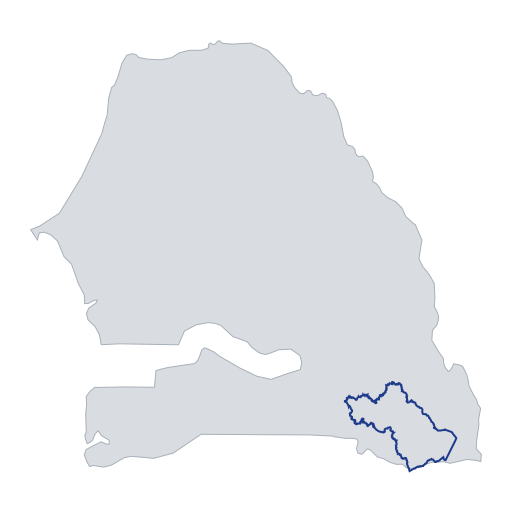 Kedougou, Kédougou, Senegal (highlighted)
{"feature_id": "50182788B85082652306110", "entity_name": "Kedougou", "entity_type": "district", "adm_level": 2, "iso_a3": "SEN", "parent_name": "Senegal", "parent_adm1": "Kédougou", "projection": "equal_earth", "projection_center": [-12.631, 12.759], "detail": "fine", "context": "in_parent", "style": "outline", "palette": "blue", "viewbox_px": 512, "rotation_deg": 0, "n_neighbors": 0, "source": "geoboundaries", "source_scale": "gbopen_adm2", "svg_char_len": 8914}
<svg xmlns="http://www.w3.org/2000/svg" viewBox="0 0 512 512"><path d="M415.2,224.4L422.0,240.2L420.6,247.8L419.0,258.9L422.9,266.9L427.5,272.2L430.7,277.0L434.3,283.7L434.9,297.0L434.3,306.5L436.6,310.9L438.6,316.3L438.2,320.9L436.9,324.9L432.5,330.3L431.8,340.2L439.0,352.3L443.5,358.8L443.5,362.6L444.8,366.7L448.2,371.5L450.2,370.4L452.5,366.5L453.5,363.8L459.7,365.0L462.6,366.2L466.5,374.1L468.0,379.3L469.0,385.9L473.1,394.1L476.7,399.9L477.4,403.5L480.6,408.4L478.6,419.3L478.9,424.9L476.7,439.5L476.3,446.4L476.4,449.0L481.3,454.2L480.8,461.6L475.8,460.3L467.2,459.4L450.0,463.3L444.1,461.7L432.8,462.2L424.7,464.3L414.5,469.1L406.6,467.9L402.3,464.2L396.6,464.4L390.3,462.4L383.5,458.7L377.3,456.9L370.6,450.2L367.5,448.9L365.3,450.7L363.5,453.0L361.5,454.3L357.9,453.1L356.5,448.5L357.7,444.1L358.0,440.8L356.3,438.9L352.2,438.3L345.7,438.3L335.0,436.9L332.6,436.1L308.8,434.9L284.2,434.8L263.3,434.7L236.9,434.5L218.4,434.4L201.1,434.3L187.7,443.3L173.2,453.1L153.7,458.3L131.3,456.3L124.2,457.7L116.7,462.1L111.3,465.2L103.6,467.1L93.6,465.5L89.6,466.5L87.1,462.1L84.3,454.9L86.1,449.6L92.2,446.2L101.3,441.8L106.1,444.0L108.9,444.2L109.5,441.3L108.6,439.8L101.7,435.9L98.1,430.8L95.2,433.8L92.6,440.1L90.5,441.9L87.3,443.7L85.6,439.4L84.8,435.3L86.3,432.1L85.7,414.2L86.6,404.7L86.2,396.4L90.5,390.9L94.6,387.5L110.6,387.2L125.5,386.9L139.8,387.1L154.4,387.3L156.0,370.6L160.6,369.3L167.5,367.6L180.4,365.6L194.7,363.6L197.8,360.3L200.2,354.8L201.7,349.9L204.7,347.8L208.7,349.4L214.0,352.0L219.4,356.1L225.6,359.8L229.8,362.1L239.8,368.0L256.9,376.2L271.0,379.4L288.0,373.4L300.3,369.6L301.8,362.4L299.9,355.5L290.8,349.1L278.3,349.8L274.5,351.5L268.7,353.6L265.2,354.5L259.4,353.0L251.9,347.5L247.3,341.9L240.7,339.3L233.0,336.7L220.6,325.2L214.1,323.2L207.9,322.6L196.1,324.8L184.5,331.0L178.4,344.8L166.9,344.6L142.3,344.2L119.8,343.8L101.2,344.7L99.4,334.6L95.1,326.6L88.0,319.8L86.4,313.4L88.9,307.9L95.8,303.3L97.4,300.0L93.8,300.5L88.3,303.5L84.7,303.6L84.3,294.8L78.3,283.5L71.6,264.3L63.9,256.5L57.5,240.9L50.8,235.0L44.6,232.2L39.3,232.8L37.3,239.9L30.7,229.7L39.8,226.0L59.3,213.3L81.7,176.7L101.9,133.4L104.6,123.2L107.1,115.5L108.8,97.8L111.7,87.3L114.4,85.3L117.8,77.3L122.0,63.1L126.7,55.3L131.8,53.8L135.8,54.4L138.7,57.4L147.0,59.1L160.9,59.8L171.7,57.7L179.3,52.8L189.3,50.3L201.6,50.3L208.1,48.2L208.8,44.2L210.4,43.0L212.9,44.6L215.4,43.9L217.7,41.1L219.9,40.9L222.2,43.3L232.5,44.1L250.9,43.1L267.9,50.5L283.5,66.3L291.5,76.9L292.0,82.2L294.6,87.5L299.3,92.9L303.6,93.8L307.4,90.5L310.5,90.8L312.7,94.9L317.1,95.8L322.1,93.3L325.6,94.1L326.3,96.6L327.1,97.9L329.5,98.4L332.7,101.6L337.2,110.0L340.9,121.7L343.8,136.8L347.5,145.0L352.2,146.3L354.9,149.4L355.4,153.0L356.8,155.4L359.0,156.8L363.0,156.0L367.6,161.1L372.6,172.1L373.4,177.1L372.6,179.8L372.9,181.7L376.2,183.6L379.3,187.2L381.9,192.7L387.4,197.5L395.9,201.8L402.0,208.1L405.8,216.5L413.5,223.6L415.2,224.4Z" fill="#d9dde1" stroke="#a8b0b8" stroke-width="1"/><path d="M399.6,383.4L398.9,383.1L398.6,383.5L398.3,383.4L397.9,383.7L397.8,384.5L397.5,384.4L397.3,384.1L396.7,384.5L396.3,384.1L395.5,384.6L395.0,384.4L394.8,384.0L394.3,383.6L394.0,382.7L393.4,382.7L393.1,383.1L392.9,382.3L392.7,382.0L392.2,382.0L392.1,382.4L392.1,383.3L391.8,383.5L391.3,383.5L391.4,383.9L390.3,383.5L390.0,383.6L389.5,383.3L389.2,383.8L389.0,384.7L388.5,384.8L388.1,385.2L387.7,384.7L387.4,385.3L387.0,385.6L386.2,385.3L386.5,387.4L386.2,388.3L386.7,388.6L386.6,389.0L386.3,389.1L386.4,390.2L386.2,390.4L386.0,390.2L385.4,391.0L385.5,392.2L384.7,392.4L384.5,393.5L383.5,393.4L383.0,393.6L382.9,394.4L383.2,394.7L383.1,395.3L382.6,395.6L382.3,395.7L381.7,395.0L381.0,394.8L380.8,394.9L380.7,395.7L380.4,395.3L380.0,395.2L379.7,396.3L380.1,397.4L380.0,397.1L379.5,397.1L378.9,397.4L379.0,399.1L378.6,398.9L377.8,399.1L377.2,398.8L377.1,399.0L377.4,399.4L376.4,399.5L376.1,399.7L376.2,400.2L376.7,401.1L376.2,400.5L376.0,400.9L375.7,400.9L375.6,401.7L376.4,402.7L376.1,403.1L375.3,403.1L374.8,401.5L374.3,400.9L373.5,401.8L373.2,401.7L373.1,401.3L372.3,401.2L372.5,400.4L372.1,399.9L371.7,400.3L371.4,400.1L371.2,399.0L369.7,397.7L369.2,398.4L368.7,398.2L368.6,397.5L368.7,396.9L368.4,397.0L367.9,396.3L367.3,396.5L367.2,396.2L367.3,395.2L367.6,394.9L367.6,394.6L366.5,395.4L366.1,394.8L365.9,394.8L364.9,395.9L364.2,394.9L363.9,395.3L363.6,395.3L363.1,394.6L363.0,395.1L362.1,395.8L361.0,396.0L360.8,396.2L360.9,396.7L360.6,397.2L359.2,397.0L358.6,396.3L358.3,397.2L357.6,397.6L357.3,398.2L357.2,398.6L356.7,399.6L356.1,399.9L355.3,399.2L355.0,398.7L353.9,398.2L353.2,397.5L352.4,397.4L352.0,397.9L351.2,397.3L351.0,397.8L350.2,397.7L350.4,397.0L349.9,396.3L349.4,396.5L349.3,397.3L349.1,397.4L348.7,397.4L348.6,396.8L348.0,397.7L347.6,397.6L347.1,397.8L347.2,398.0L347.1,398.4L347.3,398.8L347.1,399.0L347.3,399.3L347.0,399.8L346.5,400.3L346.1,400.3L345.3,401.2L344.9,401.1L344.8,401.4L345.1,401.8L346.8,402.3L347.3,403.6L348.2,404.9L348.6,406.3L348.8,405.6L349.4,405.8L350.4,407.1L350.8,408.8L351.3,409.4L351.8,409.8L352.1,411.5L351.3,412.2L351.1,412.9L350.4,413.4L349.3,412.9L350.1,413.7L350.0,415.7L350.6,415.9L352.0,416.9L352.0,417.3L351.9,417.2L352.0,417.4L351.3,418.1L351.5,419.2L352.4,419.2L353.2,419.9L354.9,419.9L355.3,420.8L355.3,421.3L354.4,421.7L354.4,422.0L354.9,422.8L354.7,423.1L354.8,423.2L355.8,424.0L356.2,424.2L356.5,423.9L356.5,422.6L356.8,423.5L357.2,424.0L358.9,423.4L360.0,423.6L360.3,423.5L360.6,423.1L360.3,422.4L360.3,421.8L361.1,421.1L361.7,419.3L362.3,418.6L363.4,418.8L363.5,419.0L363.4,419.5L362.4,420.6L362.4,421.9L362.9,422.5L363.5,422.5L363.8,422.1L363.8,421.6L364.3,421.8L365.4,423.4L366.0,423.2L366.8,423.6L367.2,425.6L367.6,426.1L368.0,426.0L368.9,424.8L369.3,424.8L369.8,424.3L370.4,424.2L370.3,423.9L370.9,422.8L371.2,422.7L371.8,423.3L372.9,423.5L373.1,423.9L373.0,425.2L373.2,426.8L373.4,427.0L373.6,426.8L374.0,425.8L374.5,427.5L376.3,429.7L379.3,431.6L380.3,431.6L381.5,432.2L382.7,431.9L383.3,432.4L383.7,432.5L384.8,431.7L384.9,431.3L384.5,430.4L384.8,429.2L385.4,429.0L386.1,428.4L387.5,428.6L387.7,428.4L388.2,427.5L389.0,427.5L390.0,427.2L390.4,427.4L390.9,428.8L390.3,429.9L390.5,430.5L391.5,431.2L392.7,431.2L393.0,431.5L392.9,432.2L393.2,432.8L393.6,432.8L393.4,433.0L393.0,432.9L392.7,433.1L392.8,433.7L392.5,434.2L392.5,434.8L392.1,435.0L392.0,435.7L391.9,435.7L391.9,436.9L392.3,437.1L392.2,437.4L392.3,437.7L392.6,437.7L392.6,438.3L393.1,438.8L393.4,438.8L393.4,438.4L393.6,438.4L394.1,439.3L394.4,439.5L394.7,439.3L395.1,440.0L395.4,439.7L395.6,439.9L395.8,441.1L396.2,441.0L395.9,441.5L396.4,442.5L396.6,443.9L396.5,444.9L395.9,445.3L395.8,445.6L396.0,445.9L396.0,446.8L396.5,447.5L396.3,448.1L396.0,448.2L396.0,448.8L396.3,449.6L396.6,449.9L396.6,450.6L396.8,450.9L397.2,451.0L397.1,452.1L397.8,452.9L397.8,453.8L398.2,453.6L398.9,453.7L399.5,454.0L399.6,454.8L399.8,454.8L400.1,455.1L400.7,454.9L401.1,456.1L401.4,457.6L401.8,457.6L402.0,458.0L402.4,458.0L402.5,458.5L402.9,458.5L403.1,458.8L404.5,458.6L404.7,458.1L405.0,457.9L406.1,458.2L406.5,459.4L406.4,460.1L406.8,460.4L407.2,461.2L407.1,462.2L407.4,462.6L407.0,463.4L407.2,464.9L407.6,465.4L408.4,467.8L409.0,468.3L409.2,469.9L409.6,471.1L414.3,468.3L415.3,468.3L415.7,467.7L417.7,466.6L418.3,467.0L418.9,466.8L419.4,466.2L420.1,466.1L420.4,466.5L420.7,466.6L422.1,466.0L423.1,466.0L423.3,465.4L424.6,464.6L425.0,463.8L426.3,463.4L427.7,460.7L428.2,460.4L428.7,460.5L429.2,460.2L429.5,459.8L430.0,459.7L430.5,459.4L431.1,459.5L431.6,459.0L432.1,459.6L433.1,459.6L434.3,461.1L434.7,461.3L435.1,462.0L435.5,462.0L436.1,461.9L436.4,461.5L437.4,461.1L437.8,461.3L438.6,461.0L443.3,457.1L443.9,459.3L445.1,460.1L445.6,460.1L455.3,440.6L456.3,438.2L456.2,437.9L455.2,436.6L452.9,433.8L452.2,432.5L451.1,431.8L445.9,430.0L445.1,429.5L444.9,429.9L444.2,430.1L443.6,430.0L440.8,430.5L438.0,430.6L437.5,430.4L436.8,429.3L436.0,428.8L435.7,428.9L434.8,428.2L434.1,428.1L434.0,427.7L434.9,427.2L434.2,426.3L434.1,424.9L433.8,424.2L433.5,424.2L433.1,422.9L432.6,422.6L432.1,421.9L431.5,421.8L431.0,420.9L430.9,420.2L430.5,419.7L429.6,418.0L429.0,417.8L429.0,417.3L428.4,416.0L427.8,415.5L426.7,415.5L426.3,414.5L425.7,414.1L424.0,414.1L422.9,413.9L422.4,412.6L422.3,411.8L422.4,409.4L421.5,408.1L419.8,407.9L419.5,407.7L419.5,407.2L419.2,406.9L417.5,406.5L416.9,405.7L416.3,405.4L416.0,404.5L415.6,404.2L415.3,402.7L414.4,402.3L413.8,402.4L413.6,402.0L413.1,402.1L412.8,401.5L412.2,401.6L411.8,400.4L411.6,400.2L410.8,400.8L410.7,401.6L409.9,401.6L408.7,402.4L407.7,402.6L406.8,401.6L406.6,401.4L406.8,400.6L407.2,400.6L407.4,400.3L407.0,399.6L407.0,398.0L406.7,397.3L406.9,396.6L406.5,396.7L406.8,395.9L406.6,395.5L406.7,394.4L405.7,393.0L404.8,392.5L404.2,392.6L403.4,391.9L402.3,391.4L402.2,391.1L402.6,390.2L402.3,390.0L402.0,390.2L402.1,389.4L401.6,388.9L401.9,388.0L401.6,386.9L401.3,386.8L401.5,385.9L401.0,385.4L401.1,384.7L400.5,384.6L400.2,384.1L399.6,383.9L399.6,383.4Z" fill="none" stroke="#1e3a8a" stroke-width="2"/></svg>